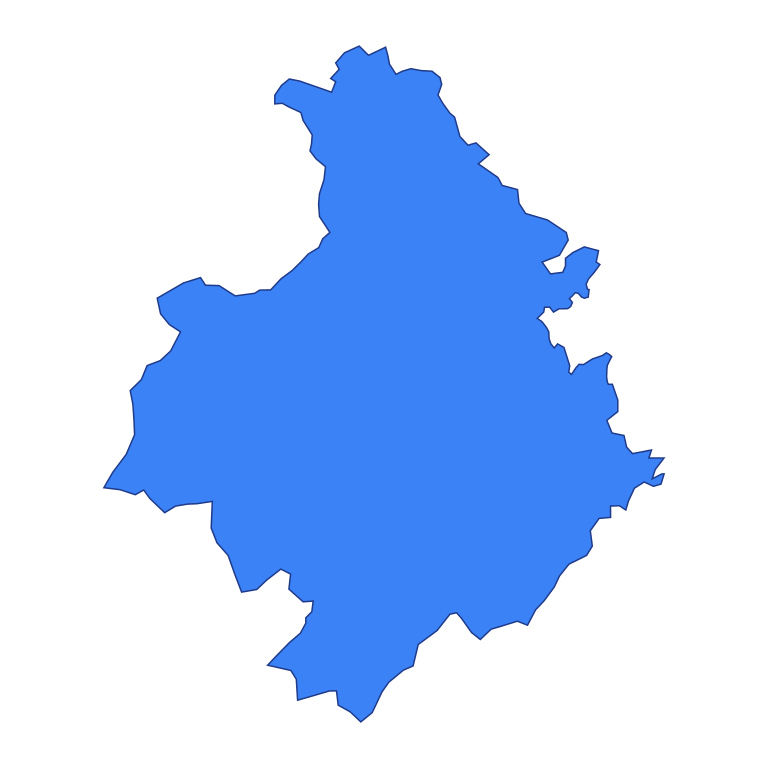 Tera, Paphos, Cyprus (Robinson projection)
{"feature_id": "46923920B5326645016931", "entity_name": "Tera", "entity_type": "district", "adm_level": 2, "iso_a3": "CYP", "parent_name": "Cyprus", "parent_adm1": "Paphos", "projection": "robinson", "projection_center": [32.428, 34.979], "detail": "fine", "context": "isolated", "style": "filled", "palette": "blue", "viewbox_px": 768, "rotation_deg": 0, "n_neighbors": 0, "source": "geoboundaries", "source_scale": "gbopen_adm2", "svg_char_len": 2881}
<svg xmlns="http://www.w3.org/2000/svg" viewBox="0 0 768 768"><path d="M612.4,384.3L608.3,384.3L607.3,381.8L606.6,376.9L606.9,369.2L607.3,365.4L609.3,361.2L611.7,356.6L609.6,354.7L606.4,352.8L602.2,355.6L592.3,359.0L583.5,364.6L579.1,364.3L576.0,367.7L571.5,374.4L568.8,372.2L569.7,365.7L566.8,356.5L564.0,347.5L557.6,343.9L554.2,348.0L550.9,343.9L549.1,338.9L548.8,331.9L546.4,327.4L542.0,321.7L537.2,318.4L543.7,312.1L544.5,307.3L549.6,307.1L553.5,312.1L559.0,308.8L563.6,308.8L567.7,308.6L570.6,306.6L572.4,302.5L569.4,298.5L571.9,296.3L575.3,292.7L578.4,293.4L581.6,297.1L584.4,298.2L588.2,297.1L589.1,289.6L587.5,289.2L586.1,284.3L588.4,279.1L594.5,272.0L599.9,264.5L596.2,262.1L598.5,250.7L584.3,246.9L572.8,252.6L565.5,258.3L565.5,265.9L562.8,272.3L550.5,273.9L542.1,262.1L559.4,255.3L568.2,240.1L566.3,232.5L547.5,220.0L525.6,213.5L519.0,203.3L517.5,189.6L502.1,185.4L499.2,179.8L497.9,177.5L478.3,163.8L489.1,154.7L476.0,142.9L468.0,145.2L459.9,136.5L454.6,117.2L449.9,113.2L442.7,103.2L438.0,95.0L441.7,84.4L440.0,77.6L432.0,71.2L421.1,70.6L410.9,68.7L402.4,71.2L396.0,74.3L389.5,64.2L387.9,55.8L385.6,47.2L368.5,55.3L359.2,46.1L344.6,52.7L335.7,62.9L339.2,69.3L330.7,78.5L335.7,81.7L331.6,92.2L299.8,81.1L289.3,79.0L281.5,85.4L274.8,95.2L274.8,103.9L282.3,103.3L288.8,106.9L300.9,112.5L303.1,120.4L312.2,134.9L311.5,144.1L310.0,150.9L316.0,158.8L325.5,166.7L324.0,179.7L319.5,193.6L318.6,204.3L319.5,216.6L329.9,232.4L322.7,238.8L318.8,247.6L308.3,254.0L300.9,261.9L292.3,270.4L281.0,278.8L270.7,289.9L259.7,290.1L254.7,293.3L235.2,295.9L219.0,285.6L205.5,285.2L200.5,277.6L183.6,282.9L157.2,298.2L160.6,313.9L169.4,324.6L180.5,331.9L170.7,350.9L160.3,360.6L147.1,365.6L141.4,379.6L130.2,390.6L132.9,404.3L134.0,420.7L134.6,434.7L126.2,454.4L112.7,472.4L103.9,487.7L106.3,488.0L120.1,489.7L135.3,494.7L143.7,490.0L149.8,498.4L164.7,512.7L175.5,506.1L187.6,504.1L197.1,503.7L212.3,501.4L211.2,528.1L217.0,542.8L228.1,555.4L234.9,574.5L241.6,592.1L256.8,589.5L266.6,580.1L280.8,569.1L290.6,574.1L288.9,589.1L303.1,601.8L313.2,601.1L311.8,611.8L305.8,617.8L305.8,623.2L300.4,633.2L289.2,642.8L276.4,655.9L267.6,665.2L290.9,670.5L296.3,679.2L297.6,700.2L329.7,690.9L336.5,690.9L338.2,705.2L350.3,711.9L360.8,721.9L372.2,712.6L382.0,691.9L388.8,682.2L403.3,670.2L413.1,665.9L418.2,644.5L437.1,630.5L449.9,614.2L456.6,612.8L461.4,618.2L471.5,632.5L480.3,639.5L491.1,629.2L501.2,626.2L517.4,621.2L527.5,625.2L535.6,609.8L544.1,600.8L554.2,587.1L559.6,575.8L569.0,564.1L586.6,555.4L592.3,546.1L590.3,530.7L599.1,518.4L610.6,517.4L610.5,506.1L619.3,505.7L625.8,510.0L628.4,501.2L634.4,488.2L644.2,482.0L653.5,486.3L661.0,484.1L664.1,473.9L661.9,473.9L652.2,478.8L655.2,469.6L664.0,458.0L648.9,458.0L651.5,450.0L632.5,453.6L626.6,447.1L624.0,435.5L612.0,433.0L606.8,420.3L617.8,411.6L617.8,400.1L612.7,385.2L612.4,384.3Z" fill="#3b82f6" stroke="#1e3a8a" stroke-width="1.5"/></svg>